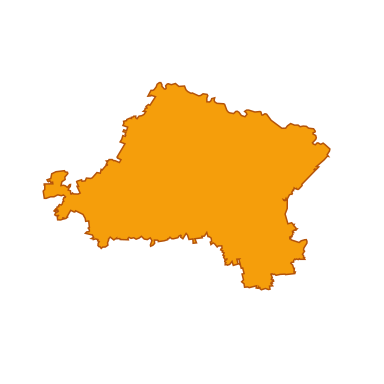 Tihuatlán, Veracruz, Mexico, rotated 255°
{"feature_id": "50627088B14039752645412", "entity_name": "Tihuatlán", "entity_type": "district", "adm_level": 2, "iso_a3": "MEX", "parent_name": "Mexico", "parent_adm1": "Veracruz", "projection": "robinson", "projection_center": [-97.558, 20.676], "detail": "fine", "context": "isolated", "style": "filled", "palette": "amber", "viewbox_px": 384, "rotation_deg": 255, "n_neighbors": 0, "source": "geoboundaries", "source_scale": "gbopen_adm2", "svg_char_len": 5988}
<svg xmlns="http://www.w3.org/2000/svg" viewBox="0 0 384 384"><g transform="rotate(255 192 192)"><path d="M88.0,260.9L86.6,270.2L88.0,271.1L88.3,269.8L91.7,271.1L91.7,270.4L95.4,270.3L97.6,269.0L98.3,269.7L98.0,272.0L99.6,272.5L100.6,273.8L99.9,274.5L100.3,275.5L99.2,277.2L99.8,278.4L99.0,278.9L97.8,283.5L98.7,283.2L99.5,283.8L99.9,282.8L101.3,283.3L103.3,282.6L105.7,285.4L107.0,284.7L108.9,285.5L112.9,289.8L114.7,290.3L116.4,290.1L116.7,288.5L116.6,284.8L115.5,282.4L120.1,275.4L121.9,275.2L121.7,274.4L123.2,274.7L123.4,276.2L122.7,275.9L123.0,277.1L124.1,277.2L124.9,278.5L127.6,278.8L127.2,279.4L127.8,279.2L128.5,279.9L128.4,281.1L128.8,281.2L128.2,282.5L129.2,283.9L129.4,282.7L130.6,283.0L133.3,281.5L134.2,282.3L134.3,281.4L136.5,280.3L136.5,276.4L146.6,276.2L151.4,279.7L159.7,282.0L159.6,279.4L160.2,278.5L161.0,278.3L159.8,279.9L161.4,281.1L160.2,281.2L160.1,281.8L164.1,285.4L164.3,287.2L163.9,287.9L164.7,288.6L166.0,288.3L167.3,289.8L167.1,290.4L168.1,290.4L168.3,291.1L169.5,291.7L168.5,292.4L168.4,293.8L167.8,293.7L167.0,295.0L167.3,296.1L169.7,300.0L171.0,300.1L180.9,316.6L181.9,315.7L182.5,316.5L181.6,317.9L183.4,320.9L184.4,318.8L188.9,328.0L191.6,332.1L191.1,333.0L193.1,332.2L196.0,335.4L197.9,336.3L203.3,332.8L205.3,331.3L204.7,328.7L206.8,326.5L207.0,325.5L205.7,323.3L207.0,321.6L208.3,321.1L210.8,325.1L212.2,326.1L214.6,326.1L216.7,323.9L218.0,324.4L218.0,326.2L218.8,326.8L221.6,325.8L223.5,321.1L225.8,319.5L226.9,316.5L227.1,313.3L229.2,311.8L230.0,308.4L232.6,305.0L231.2,301.3L229.4,299.0L230.3,295.3L240.8,287.0L247.9,284.2L248.7,282.7L248.0,280.3L248.4,279.3L251.4,279.3L252.1,278.6L253.0,273.4L256.5,267.9L257.0,266.0L256.2,263.7L254.5,264.9L252.8,265.2L251.0,262.7L253.1,259.5L256.8,258.0L258.3,256.6L258.5,255.2L257.0,252.5L258.5,249.3L259.5,247.9L261.8,246.8L268.2,246.2L269.0,245.5L271.2,239.0L273.2,237.3L274.9,237.1L277.1,238.3L277.1,235.2L275.3,234.0L274.4,232.2L275.3,229.7L278.9,230.6L280.9,232.2L282.4,231.8L284.0,228.1L283.0,225.4L283.1,223.4L287.6,217.9L287.5,216.6L290.2,213.8L292.4,212.6L296.3,212.2L297.4,206.6L301.1,204.1L301.0,199.8L302.7,197.1L302.7,196.0L301.4,194.0L298.9,193.9L298.3,193.0L298.7,191.9L301.8,190.3L303.5,190.7L305.7,190.2L306.1,188.7L305.1,186.2L302.7,184.5L300.7,181.9L300.3,180.5L300.8,178.7L296.0,174.2L295.5,177.1L296.1,177.5L293.5,181.4L286.7,173.9L287.8,172.6L286.5,169.7L284.8,170.2L284.9,168.4L283.3,167.6L282.5,165.9L281.6,168.2L279.4,165.8L278.7,163.1L279.0,160.5L277.0,157.9L278.4,156.8L279.8,157.3L280.3,155.3L279.7,154.6L279.8,152.7L278.7,152.6L279.4,150.8L278.9,147.8L277.9,147.3L278.0,144.2L276.1,144.1L274.1,142.5L271.3,146.7L268.1,144.6L269.7,142.2L268.2,141.0L266.6,143.5L265.0,142.3L264.0,142.7L263.0,141.9L264.4,139.8L261.1,137.8L259.0,135.5L255.9,139.7L245.2,128.7L244.9,129.2L244.0,128.9L241.6,131.8L239.3,129.5L242.3,125.6L242.6,124.4L244.0,123.3L244.8,120.3L243.9,119.5L244.1,117.3L242.9,118.1L241.6,116.8L240.6,117.2L240.5,116.3L239.8,116.7L239.8,115.7L236.5,110.9L237.4,110.1L233.9,108.3L235.4,105.2L231.5,99.3L231.3,97.7L232.8,93.6L230.4,91.7L230.8,88.5L232.4,88.5L232.2,83.8L231.8,83.2L226.8,83.9L227.2,82.4L219.9,83.7L219.5,81.4L220.8,77.1L222.0,76.3L221.2,75.3L221.6,74.4L224.6,74.9L225.9,72.9L228.1,74.5L228.7,75.8L230.7,76.6L230.8,75.7L228.7,72.8L230.8,71.2L231.8,69.6L232.1,67.1L235.6,69.0L236.9,72.7L239.3,73.0L241.9,76.8L243.3,76.8L244.2,74.7L245.6,74.3L246.8,65.9L245.9,61.2L241.6,59.1L241.3,55.1L239.5,55.6L239.0,56.1L239.7,57.6L237.8,58.1L237.6,59.9L235.9,59.7L238.0,51.3L236.8,51.0L236.4,51.5L232.5,50.4L231.4,48.5L224.1,47.7L223.6,49.5L224.0,54.1L223.1,57.5L224.0,61.6L222.2,64.9L222.4,67.0L220.1,68.6L219.6,68.2L219.6,66.6L217.9,65.5L216.2,65.7L216.1,64.8L213.9,63.4L213.3,62.3L214.2,60.8L213.4,59.6L212.3,59.5L212.4,57.7L210.5,57.0L211.0,56.1L209.4,53.8L208.3,54.9L209.9,56.8L209.1,57.8L208.6,57.1L207.8,57.6L207.0,54.8L205.5,53.5L204.3,54.5L203.9,57.6L203.3,55.5L199.9,55.0L199.0,57.9L199.2,60.4L200.4,60.6L200.1,61.5L199.1,61.5L199.1,63.4L199.9,65.2L200.3,64.7L205.7,70.1L203.3,72.8L203.0,73.7L204.0,74.7L198.6,80.9L194.1,82.0L191.2,81.7L190.7,84.7L184.2,83.7L184.1,82.5L183.6,82.4L182.4,83.1L180.8,82.8L180.4,82.1L180.7,79.9L179.7,78.3L176.3,84.6L173.7,85.2L173.1,82.8L172.4,84.3L171.6,84.3L171.6,86.8L170.4,88.8L169.3,88.2L168.0,89.5L167.0,88.2L164.6,87.3L163.2,88.1L163.1,88.9L161.0,89.7L161.9,91.4L161.3,94.1L162.4,97.0L164.9,97.3L167.4,99.2L168.1,99.1L169.6,101.3L165.9,104.1L167.0,107.1L166.4,106.8L165.7,110.2L164.7,110.3L162.3,118.1L163.6,118.0L164.5,119.4L163.0,121.1L162.9,123.9L160.9,125.8L161.2,129.1L162.3,131.6L158.9,133.7L157.6,136.5L158.5,139.8L155.5,140.7L151.6,138.1L150.3,138.0L150.7,140.5L152.0,142.6L155.3,143.2L154.4,146.2L153.8,146.8L152.8,146.6L152.1,152.4L152.2,156.1L153.0,156.4L152.9,157.4L154.0,159.0L152.1,160.3L151.6,162.1L151.5,166.5L152.9,168.2L153.2,169.8L152.8,170.2L151.3,169.4L149.2,171.1L153.5,175.6L151.6,176.5L146.9,176.8L146.4,180.7L142.2,179.8L141.7,183.2L146.1,182.7L145.1,190.1L146.6,190.0L146.2,192.6L149.1,195.8L144.8,195.9L144.2,197.3L142.4,198.6L139.1,198.1L138.9,196.7L136.3,196.7L137.4,199.2L136.0,200.5L132.4,202.1L133.1,203.5L132.3,206.8L129.9,206.5L129.8,205.6L128.7,204.7L127.3,206.5L126.3,205.6L124.9,207.2L123.0,205.5L121.8,206.7L120.9,205.6L118.1,206.4L118.3,208.3L117.7,208.1L117.2,206.0L116.3,205.6L115.0,206.4L114.7,205.7L113.1,205.2L112.8,206.8L112.2,207.2L112.3,209.7L114.6,212.7L110.4,212.9L110.5,217.9L115.5,217.9L115.0,220.5L114.6,219.8L110.7,219.9L110.6,219.2L109.9,219.2L110.1,219.9L105.6,219.8L105.5,221.3L99.7,221.2L99.8,219.1L93.8,219.0L92.4,216.7L89.9,218.5L86.4,218.1L85.9,221.1L84.8,222.5L84.7,230.1L82.7,229.1L81.9,230.8L83.0,231.8L81.9,231.8L82.0,232.8L80.9,232.7L79.6,233.7L79.8,237.9L78.0,240.6L77.9,242.2L81.0,242.5L80.5,245.6L83.0,244.6L83.1,245.9L84.2,245.3L84.7,247.8L85.9,247.8L85.7,247.1L86.9,246.2L87.0,246.7L88.2,246.5L88.4,247.4L92.2,247.0L92.3,248.2L91.3,249.1L91.3,250.4L89.8,251.6L89.6,255.9L88.6,260.6L88.0,260.9Z" fill="#f59e0b" stroke="#b45309" stroke-width="1.5"/></g></svg>